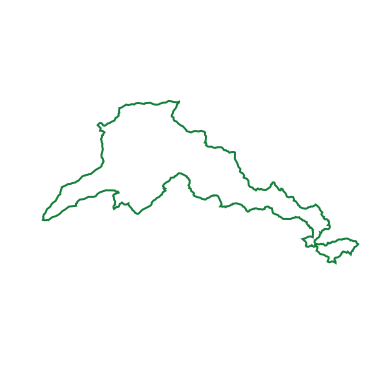 Condesuyos, Arequipa, Peru, rotated 78°
{"feature_id": "86281439B62702709218494", "entity_name": "Condesuyos", "entity_type": "district", "adm_level": 2, "iso_a3": "PER", "parent_name": "Peru", "parent_adm1": "Arequipa", "projection": "robinson", "projection_center": [-72.507, -15.547], "detail": "fine", "context": "isolated", "style": "outline", "palette": "green", "viewbox_px": 384, "rotation_deg": 78, "n_neighbors": 0, "source": "geoboundaries", "source_scale": "gbopen_adm2", "svg_char_len": 5979}
<svg xmlns="http://www.w3.org/2000/svg" viewBox="0 0 384 384"><g transform="rotate(78 192 192)"><path d="M189.7,338.5L187.6,334.0L187.3,330.0L185.9,325.9L183.8,322.9L182.6,319.4L180.7,315.5L181.4,308.2L179.4,308.0L178.9,306.7L177.6,306.1L176.1,303.3L176.5,299.0L175.2,294.3L176.2,289.9L176.2,287.1L174.3,285.0L173.2,282.3L172.4,276.0L174.1,268.5L174.8,266.8L175.7,266.5L176.2,264.4L176.9,264.0L177.4,263.9L178.1,268.8L179.3,270.0L179.7,269.5L183.0,269.8L185.6,269.1L187.2,269.9L188.3,269.9L189.5,271.6L191.1,272.1L192.4,271.8L190.8,268.6L191.3,268.0L191.0,266.6L188.6,265.0L188.2,263.1L187.8,262.6L190.2,260.8L190.6,258.8L189.9,256.5L191.8,256.7L195.9,254.3L196.9,254.2L199.0,252.5L200.5,252.0L201.9,250.2L202.2,249.0L199.1,244.3L196.8,235.6L195.6,234.1L193.9,233.5L192.4,231.5L191.7,229.3L190.5,227.7L190.0,225.1L188.3,222.7L188.3,221.9L186.3,220.8L185.2,217.7L183.8,218.6L183.1,217.4L182.1,219.0L181.3,218.6L180.1,219.2L178.5,217.7L177.1,214.8L176.6,212.3L174.9,210.4L173.7,209.9L174.0,206.3L172.9,205.4L172.7,204.0L170.9,201.2L171.6,198.8L175.7,193.8L176.7,193.9L177.7,192.7L179.3,192.5L180.0,191.8L183.2,192.6L184.6,194.0L186.3,193.4L187.7,194.0L188.4,192.6L191.0,192.5L193.0,190.6L194.0,190.3L194.9,191.1L196.0,190.8L198.0,188.2L199.4,185.0L200.9,183.6L202.2,180.5L201.1,178.0L201.0,176.1L199.9,174.0L200.0,172.7L199.7,171.7L200.2,171.3L200.0,170.4L200.5,168.5L201.6,167.3L209.0,165.6L210.3,165.7L211.9,167.3L212.2,165.8L212.7,165.5L213.0,162.7L213.8,162.4L213.2,160.4L213.5,159.8L213.0,156.9L212.4,156.0L212.7,155.1L212.0,154.5L212.3,150.8L214.9,146.1L216.9,145.1L217.3,144.2L220.3,142.7L221.3,142.8L222.9,141.4L222.6,140.0L221.8,139.5L221.2,135.2L221.5,134.9L221.1,134.0L221.4,132.4L222.8,130.2L222.7,129.4L223.9,126.6L223.6,125.7L223.8,124.6L222.2,123.8L221.8,121.4L222.6,119.8L223.6,119.5L224.6,117.2L228.2,117.3L229.8,116.9L232.7,112.4L234.2,111.9L234.5,110.8L237.3,108.4L238.9,101.1L238.3,99.0L238.5,96.8L237.9,95.8L238.8,94.4L239.0,92.3L240.4,91.9L241.2,90.5L242.8,89.8L243.0,88.6L245.0,86.8L245.2,86.1L246.7,86.3L248.8,85.3L249.1,84.7L249.6,85.0L250.1,84.3L251.7,84.0L251.6,82.9L254.1,81.5L254.8,82.1L255.8,81.9L261.4,83.2L260.1,85.2L259.9,87.6L260.8,90.6L261.0,93.7L264.2,91.2L265.3,90.8L266.9,91.0L267.9,91.7L269.1,91.5L269.8,89.6L269.2,86.8L269.5,86.3L269.0,85.8L270.9,84.4L270.7,82.7L271.7,80.8L272.9,80.9L275.3,82.4L277.0,80.7L279.3,79.6L281.0,75.7L282.8,74.2L283.2,73.0L284.1,72.0L285.2,72.0L288.2,73.8L289.3,72.4L289.0,69.5L289.8,67.7L291.2,66.3L290.2,66.1L289.7,66.7L288.8,66.2L288.2,66.7L286.8,66.4L286.1,65.6L286.3,63.6L285.5,60.8L284.0,59.0L283.1,58.7L282.4,57.7L282.5,57.3L281.7,56.9L281.9,55.8L283.6,53.3L282.7,52.1L286.1,49.7L284.3,49.0L283.0,47.7L283.0,47.0L281.9,46.7L281.1,45.5L279.6,44.5L279.3,42.6L277.6,40.3L275.7,41.8L274.6,41.6L274.0,42.4L273.5,44.6L272.3,46.0L272.3,47.1L271.4,47.6L269.9,49.5L269.4,51.9L269.7,53.0L269.3,54.2L269.8,55.2L268.9,57.9L269.5,60.4L270.2,61.4L270.4,62.9L269.8,64.5L270.1,66.1L270.8,66.9L270.8,68.4L270.1,68.8L269.9,69.8L271.0,70.2L272.1,71.7L272.1,72.9L269.9,74.6L270.1,75.5L269.5,76.7L269.7,78.4L268.9,80.5L269.6,81.3L269.0,82.5L267.9,81.9L266.6,82.6L264.7,81.9L264.3,80.4L263.4,79.5L262.7,77.5L261.6,76.3L260.2,75.9L259.6,74.9L258.6,75.0L259.0,74.6L258.7,74.0L256.8,72.7L256.5,70.8L255.7,70.1L256.7,66.3L256.0,65.1L254.6,64.3L253.1,64.4L252.6,65.8L252.0,65.0L251.0,64.5L249.7,64.2L248.8,64.8L248.3,64.4L246.5,66.0L246.4,67.7L245.0,68.6L243.8,68.0L243.2,69.0L240.7,70.1L239.1,68.7L237.4,69.9L235.3,70.7L234.4,70.6L231.7,72.2L230.0,73.7L230.8,75.1L231.3,77.3L230.8,78.7L231.3,79.7L231.0,81.3L231.8,82.4L232.0,84.3L230.8,87.3L229.1,89.6L227.7,89.8L226.9,91.0L225.7,91.0L222.6,92.5L221.6,94.3L220.5,93.8L218.0,94.1L217.3,96.0L217.4,98.3L216.3,100.1L212.8,100.7L209.9,102.5L208.1,102.8L207.3,104.0L208.8,105.0L208.4,106.2L204.5,107.9L202.3,109.4L200.4,109.3L199.7,109.7L199.4,111.2L200.9,112.2L201.1,113.3L202.1,113.5L203.5,114.5L205.4,119.3L204.4,122.7L203.3,123.7L203.6,125.4L202.3,126.7L203.0,128.6L203.7,128.8L203.7,129.2L202.6,130.0L201.9,131.2L200.4,131.7L199.0,134.2L197.2,135.1L192.6,134.5L190.3,135.8L188.7,138.5L188.2,138.5L187.1,137.6L185.9,137.8L184.1,138.6L183.3,139.9L182.0,140.9L179.5,139.9L176.9,141.4L173.3,141.7L168.5,143.2L162.3,141.7L161.6,142.8L161.2,144.8L161.3,147.3L159.9,148.0L159.2,149.5L158.1,150.2L157.8,151.9L155.4,153.0L154.4,153.9L153.5,157.5L153.7,160.1L152.9,162.1L151.6,163.6L151.5,165.2L150.7,167.3L149.1,168.6L148.4,168.0L146.7,168.1L146.3,169.2L144.3,167.8L140.4,166.6L138.7,167.5L136.5,166.9L135.6,167.4L134.0,170.7L134.2,173.0L133.4,174.8L132.9,177.5L133.5,180.6L131.2,184.7L130.1,184.8L125.7,187.3L124.9,188.7L122.1,191.3L120.0,192.3L118.6,194.5L117.5,194.9L115.2,194.6L113.9,196.1L112.6,195.8L111.1,194.4L109.1,193.5L106.7,190.6L104.9,189.1L103.3,188.6L101.6,186.0L101.0,185.9L101.3,187.3L100.9,189.0L100.0,191.8L99.3,192.6L98.0,195.8L99.1,198.9L98.6,201.5L98.9,204.7L99.4,206.0L99.3,208.4L98.3,211.2L96.2,214.0L95.9,215.0L95.4,219.3L96.0,220.4L93.7,226.0L93.6,228.5L94.4,230.4L93.6,232.2L93.8,236.3L92.8,238.1L94.8,243.6L94.8,245.6L98.8,246.8L99.4,246.6L100.6,247.8L102.0,247.8L103.4,249.9L103.5,251.2L106.0,253.0L106.7,256.7L107.5,258.3L107.5,260.4L108.6,262.1L109.0,263.7L108.3,265.2L106.5,265.7L105.4,267.0L105.5,268.2L107.0,270.4L110.7,268.0L112.9,269.2L113.7,266.8L115.4,265.2L116.6,266.6L117.8,267.1L118.0,268.4L119.7,268.7L121.5,270.1L122.6,269.7L124.7,270.0L126.3,269.6L128.0,270.3L131.7,270.3L136.9,272.9L139.5,273.2L140.5,272.4L143.6,272.1L143.8,272.6L144.9,272.8L146.4,274.6L147.9,275.1L148.8,276.6L150.3,281.5L153.4,287.4L153.1,289.5L153.5,290.3L153.3,292.0L153.7,292.6L153.5,294.0L153.9,296.0L157.3,300.7L157.7,302.8L158.4,303.8L158.4,307.6L158.9,309.2L158.5,312.1L159.1,313.2L160.2,318.4L161.6,318.8L162.2,319.4L165.2,321.0L166.8,321.3L167.7,323.4L172.4,327.3L173.6,330.3L174.8,332.0L176.9,333.7L178.6,337.4L182.3,340.0L182.9,341.3L185.2,342.8L186.4,342.5L188.3,343.7L189.2,341.3L189.2,339.4L189.7,338.5Z" fill="none" stroke="#15803d" stroke-width="2"/></g></svg>